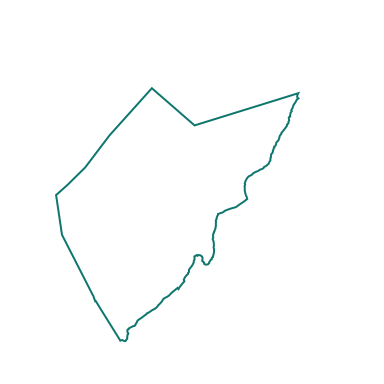 Faasalelelaga IV, Fa'asaleleaga, Samoa, rotated 67°
{"feature_id": "51752279B84305185807219", "entity_name": "Faasalelelaga IV", "entity_type": "district", "adm_level": 2, "iso_a3": "WSM", "parent_name": "Samoa", "parent_adm1": "Fa'asaleleaga", "projection": "mercator", "projection_center": [-172.223, -13.576], "detail": "fine", "context": "isolated", "style": "outline", "palette": "teal", "viewbox_px": 384, "rotation_deg": 67, "n_neighbors": 0, "source": "geoboundaries", "source_scale": "gbopen_adm2", "svg_char_len": 2706}
<svg xmlns="http://www.w3.org/2000/svg" viewBox="0 0 384 384"><g transform="rotate(67 192 192)"><path d="M180.6,328.4L248.1,323.6L249.3,323.4L251.9,323.7L253.2,323.6L254.7,323.8L254.8,323.2L267.4,321.3L300.4,316.1L300.8,316.1L301.0,314.1L302.8,312.5L303.2,311.4L302.4,310.4L301.9,309.0L301.0,308.8L299.3,307.7L298.1,307.1L297.9,306.4L297.2,305.8L295.8,306.2L294.6,305.8L293.8,305.3L293.5,304.6L293.6,304.1L293.1,303.9L292.8,302.8L292.5,298.8L292.8,297.1L292.3,296.0L291.7,295.8L290.7,294.0L289.6,293.1L288.8,291.4L288.0,287.3L286.6,281.7L286.1,281.2L286.2,280.4L285.8,277.6L285.2,274.8L285.1,272.9L284.8,270.8L284.1,269.0L282.9,267.0L282.4,265.5L280.9,262.2L279.8,261.1L279.3,260.2L278.9,258.4L278.8,256.0L278.3,253.5L277.5,251.7L276.7,249.8L275.5,245.6L275.2,244.8L274.9,243.2L274.7,242.9L276.1,242.4L275.1,241.2L274.5,240.2L271.8,235.3L271.6,234.4L271.1,233.8L270.1,234.0L269.5,233.8L268.4,232.6L267.5,231.4L266.4,229.3L265.9,227.7L265.1,227.4L264.4,226.0L262.4,225.2L260.4,221.8L259.7,220.5L257.5,217.9L256.4,217.4L254.9,215.9L254.1,215.5L253.4,215.5L252.2,214.9L252.2,213.9L251.9,212.3L252.8,211.9L252.5,210.8L253.6,209.0L255.1,208.1L256.9,208.1L258.4,208.8L259.3,209.6L261.7,208.4L262.8,208.9L263.9,208.2L264.5,207.1L264.8,205.6L264.1,204.0L263.7,204.0L261.8,201.3L261.7,200.2L261.2,200.1L260.2,199.1L260.0,198.0L259.4,197.8L257.7,196.4L256.6,195.7L256.0,195.2L254.7,194.7L253.7,194.1L251.5,193.8L250.1,192.9L248.7,192.3L246.1,191.5L243.5,191.4L242.7,190.9L242.3,190.2L240.9,189.9L239.1,189.0L238.5,188.5L238.0,187.6L237.2,187.3L236.9,186.6L235.5,185.6L234.8,184.6L233.7,184.2L232.7,183.3L230.3,182.4L229.4,181.7L228.2,181.5L227.3,181.0L226.4,179.8L225.8,179.7L224.2,178.3L223.3,177.1L222.4,176.6L222.8,171.5L222.1,168.8L222.4,162.6L223.1,157.6L222.1,153.2L221.2,148.6L220.0,143.9L217.8,143.6L215.3,143.6L211.6,143.0L208.8,141.8L207.1,141.3L206.0,140.2L204.9,140.2L202.7,138.3L201.2,136.5L199.8,134.0L199.6,130.4L198.6,128.2L198.4,125.7L198.5,123.2L198.0,120.7L198.2,118.8L198.0,116.9L197.1,115.8L197.1,114.1L196.0,110.5L194.7,109.2L193.6,107.5L191.6,106.7L191.4,106.2L188.0,104.2L187.7,103.0L186.4,101.7L185.7,101.6L184.8,100.4L184.2,100.2L183.5,99.4L183.4,98.9L182.6,98.9L181.9,97.1L181.1,96.1L179.6,95.2L179.0,94.3L178.5,92.8L178.0,92.0L177.4,91.6L176.3,90.4L175.6,90.1L174.4,89.0L173.5,87.2L172.7,86.8L170.9,83.4L168.2,78.8L167.0,78.1L166.5,76.5L165.1,75.8L164.0,74.5L161.6,74.0L160.9,73.1L160.9,72.1L160.0,72.0L159.1,71.2L157.7,70.4L156.7,68.7L155.7,68.8L153.7,66.4L151.5,64.4L149.7,61.5L147.8,59.3L147.5,57.5L146.1,58.0L145.5,58.0L144.0,57.2L142.6,55.6L131.7,163.6L80.8,188.4L107.6,245.7L127.7,280.8L137.0,304.3L141.7,318.3L180.6,328.4Z" fill="none" stroke="#0f766e" stroke-width="2"/></g></svg>